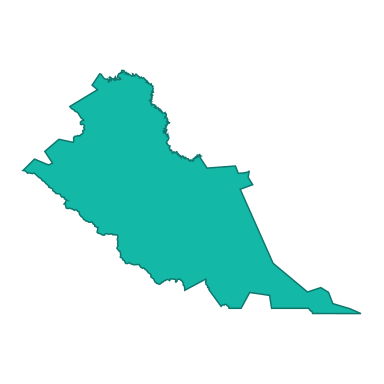 Usino Bundi District, Madang, Papua New Guinea
{"feature_id": "67681753B48669646267730", "entity_name": "Usino Bundi District", "entity_type": "district", "adm_level": 2, "iso_a3": "PNG", "parent_name": "Papua New Guinea", "parent_adm1": "Madang", "projection": "mercator", "projection_center": [145.078, -5.469], "detail": "fine", "context": "isolated", "style": "filled", "palette": "teal", "viewbox_px": 384, "rotation_deg": 0, "n_neighbors": 0, "source": "geoboundaries", "source_scale": "gbopen_adm2", "svg_char_len": 5917}
<svg xmlns="http://www.w3.org/2000/svg" viewBox="0 0 384 384"><path d="M208.8,289.1L209.3,290.2L221.1,306.4L222.0,305.2L223.8,304.8L224.1,305.1L224.6,304.5L226.0,304.3L227.0,305.5L228.8,306.7L229.0,308.3L241.1,308.3L249.7,292.5L269.6,295.4L271.6,308.3L308.7,308.3L310.4,310.8L311.8,311.3L312.7,313.5L361.0,313.6L349.8,308.7L332.8,303.6L328.5,292.3L320.8,287.6L307.5,292.0L273.1,263.3L240.2,189.3L252.7,184.7L248.1,177.3L249.2,171.4L248.8,171.4L248.8,172.0L247.0,172.1L246.4,172.7L244.3,172.6L243.1,173.2L242.3,173.0L238.3,173.4L235.4,166.0L207.0,168.1L199.9,157.2L200.4,156.9L200.3,156.2L200.9,156.0L200.1,155.6L199.7,154.5L199.1,154.8L199.5,156.1L197.3,155.1L197.0,155.7L197.7,156.3L197.5,157.0L197.0,157.3L196.8,156.9L196.4,157.4L196.1,156.7L195.3,157.4L194.9,158.6L194.8,158.0L194.5,158.5L194.1,158.2L193.0,159.1L193.0,160.0L193.5,160.2L193.5,160.7L192.5,161.1L191.6,160.2L191.1,160.4L190.9,160.0L190.4,160.0L190.9,160.7L190.4,161.2L188.4,160.1L188.3,158.9L185.5,158.5L185.9,157.8L185.7,157.4L184.5,158.4L183.8,156.9L183.5,157.3L182.8,156.6L182.7,156.1L182.3,156.0L182.0,156.8L181.1,156.8L181.0,157.4L180.3,155.6L180.0,155.5L179.6,156.2L177.9,154.6L178.8,154.5L178.0,153.5L177.6,154.0L176.9,152.7L176.8,151.7L176.6,151.7L176.4,152.7L174.2,152.0L174.5,152.6L172.4,153.2L171.9,151.6L172.1,150.5L171.6,151.2L170.2,150.4L170.8,149.9L169.9,149.6L169.6,148.8L169.2,147.6L169.8,147.0L169.6,146.7L170.0,146.1L168.1,145.1L167.3,144.1L167.1,143.3L166.4,143.0L167.2,140.7L168.0,140.1L168.7,138.6L168.8,137.2L167.3,136.5L168.2,135.7L167.7,135.1L167.7,134.2L166.8,135.2L166.4,134.3L165.5,133.7L165.9,131.7L164.3,132.4L163.9,133.0L163.4,132.2L163.4,131.1L164.1,130.5L164.3,132.1L165.2,130.7L165.9,130.5L166.0,131.6L166.4,131.6L166.8,129.6L165.5,129.1L165.6,128.4L164.9,128.3L166.0,127.8L166.1,126.7L165.6,126.1L166.5,125.9L166.5,124.5L167.2,124.7L167.9,123.3L169.3,123.1L169.4,122.7L168.5,122.6L168.2,121.7L167.3,122.1L166.6,121.8L167.7,119.8L166.9,119.1L167.2,118.2L166.3,117.9L165.7,117.3L164.8,117.7L165.2,116.4L166.2,116.1L166.2,114.1L165.4,113.1L164.8,113.2L164.9,112.7L163.7,113.3L162.8,112.9L161.5,111.0L161.3,111.8L160.4,110.9L160.9,110.7L160.4,110.2L159.8,110.5L159.6,109.3L160.2,109.7L159.9,109.0L158.9,108.8L158.7,109.4L157.9,107.6L157.4,108.1L156.6,107.9L156.2,108.3L155.5,108.0L156.1,107.5L156.0,106.4L154.8,106.7L155.3,106.1L154.9,105.2L153.8,104.6L152.4,104.9L152.0,104.1L151.6,104.8L150.8,102.5L150.2,102.6L151.1,101.9L150.6,101.2L151.0,101.1L150.0,100.7L150.8,100.5L151.5,99.6L150.8,99.4L151.8,98.7L151.6,98.3L152.0,97.4L151.6,97.3L151.5,96.5L152.7,95.3L152.3,94.8L150.9,95.0L150.9,94.5L152.1,92.6L152.5,92.8L153.3,92.3L152.2,91.3L153.1,91.0L152.8,89.6L153.2,89.0L152.5,87.1L153.0,86.5L151.3,85.0L151.3,84.1L150.4,84.7L150.0,83.9L148.2,83.6L148.5,82.7L147.3,82.3L146.4,82.6L146.2,82.3L147.5,81.7L147.2,81.0L145.9,80.5L145.4,79.4L144.7,79.5L143.8,77.9L143.3,77.7L142.4,78.1L141.5,77.9L141.2,77.2L140.3,77.8L139.4,77.9L139.4,76.9L138.4,76.5L138.2,75.9L137.5,75.6L136.5,74.3L135.6,74.3L134.8,76.1L134.2,75.5L133.2,75.2L133.3,74.3L132.6,73.9L132.9,75.4L132.6,76.1L132.2,76.3L128.3,73.7L128.1,74.7L127.8,74.7L127.1,73.6L125.9,73.8L126.6,72.8L126.3,72.3L125.0,72.5L124.1,71.7L124.2,70.8L123.2,70.4L121.7,70.5L121.6,71.9L122.6,72.8L121.0,73.0L120.5,72.7L119.8,73.6L118.9,73.6L117.9,75.5L117.7,77.5L119.9,78.0L120.7,79.0L120.6,79.3L119.6,78.6L118.7,79.9L116.3,78.7L116.0,78.9L115.8,80.1L114.8,80.4L114.1,80.1L113.9,79.6L115.7,77.6L115.8,77.0L115.4,76.6L115.0,77.8L113.8,79.1L112.1,78.6L110.0,77.0L109.4,77.1L109.2,77.5L109.5,77.9L110.9,78.1L111.6,79.3L111.4,80.4L110.6,79.7L109.7,79.5L109.4,79.7L109.5,81.7L108.3,81.7L108.6,80.5L107.7,78.9L105.5,79.3L103.7,78.0L100.9,74.1L99.7,73.8L92.1,85.2L97.5,89.7L69.8,106.5L71.7,108.7L74.1,110.0L74.7,111.0L77.8,112.6L81.0,117.9L83.5,119.8L83.6,120.4L81.5,121.0L80.5,122.1L80.4,123.4L80.5,124.2L81.3,124.7L82.4,124.2L83.7,124.6L84.3,125.3L84.4,126.2L83.7,127.5L84.7,129.7L82.9,130.5L82.7,131.3L83.1,132.5L82.8,133.5L80.9,134.6L80.0,135.8L79.5,135.6L78.8,136.0L77.8,135.5L76.8,136.2L75.0,136.2L73.6,137.6L73.7,141.1L73.0,142.3L58.9,139.3L44.8,151.4L52.5,163.1L48.6,165.0L34.5,159.1L23.0,170.5L25.4,170.9L27.7,173.3L28.5,172.8L32.8,173.6L34.3,173.1L39.0,177.5L41.2,178.6L41.5,179.6L42.6,180.8L43.0,180.7L44.6,181.9L45.2,182.8L48.9,186.1L48.6,186.9L48.9,187.2L52.4,188.7L53.1,191.0L54.1,191.3L56.0,193.5L60.0,194.0L61.1,196.3L61.8,197.0L64.0,197.2L64.4,197.8L64.3,198.7L67.1,200.3L66.2,200.3L65.5,202.2L64.1,204.0L65.2,204.2L66.2,207.9L66.8,208.4L68.4,208.5L70.0,208.1L71.0,208.8L72.4,209.0L74.3,210.3L75.0,209.9L76.7,210.0L78.0,211.5L79.0,211.8L79.5,214.4L81.0,216.4L82.2,217.1L83.9,219.6L84.4,219.6L85.9,221.0L87.6,221.3L88.8,222.2L89.8,222.3L92.1,222.0L93.3,224.0L94.7,224.7L94.8,226.4L96.0,226.7L96.9,227.3L98.0,227.4L97.5,229.4L97.7,230.0L97.0,232.0L98.1,233.2L100.6,233.8L102.0,234.8L103.9,235.3L104.9,234.8L105.1,234.0L106.8,233.6L108.6,234.3L111.6,233.8L112.6,234.7L113.2,234.5L113.5,234.8L114.3,234.3L115.2,235.0L117.3,234.9L117.9,235.9L117.8,237.9L117.3,239.0L117.4,240.2L118.0,241.0L117.6,243.7L118.1,245.0L116.9,248.3L119.2,251.2L119.9,251.3L120.1,251.6L120.7,255.0L120.3,257.2L122.4,258.4L123.0,260.0L124.3,260.6L125.6,263.3L126.0,263.5L127.7,263.5L129.4,262.7L131.1,264.0L132.4,264.2L133.5,264.8L139.0,264.5L140.5,267.0L142.5,268.3L143.4,267.9L144.1,268.0L145.0,269.3L145.6,269.5L147.6,271.6L148.1,272.5L150.9,274.5L150.9,277.0L153.6,278.9L154.9,281.8L155.9,282.3L156.3,283.2L159.6,284.3L161.5,283.0L161.5,282.5L163.3,281.8L164.2,280.6L165.4,280.6L166.5,279.7L168.0,279.4L169.5,280.6L171.1,278.8L175.4,279.4L175.8,279.9L175.5,281.8L175.9,282.1L176.9,281.3L177.0,280.3L177.9,279.3L180.1,279.1L180.5,280.0L182.4,281.4L183.0,282.5L183.3,285.2L184.1,285.6L184.6,287.5L184.8,290.3L205.7,279.1L206.0,279.8L205.9,280.8L206.2,281.1L205.5,281.8L206.1,284.5L207.5,285.5L207.7,287.5L208.5,287.5L209.3,288.2L208.8,289.1Z" fill="#14b8a6" stroke="#0f766e" stroke-width="1.5"/></svg>